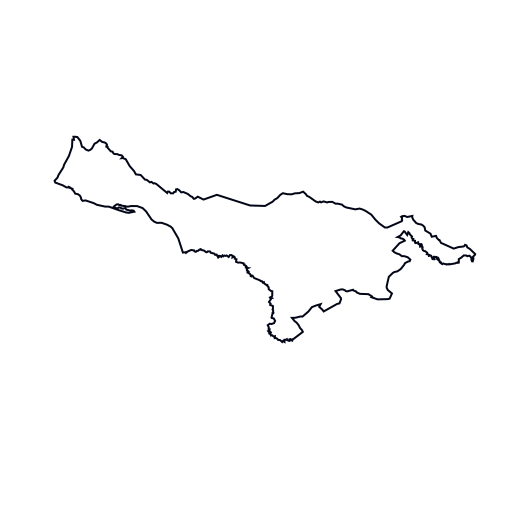 the district of Santa Catalina, Bolívar, Colombia, rotated 283°
{"feature_id": "7082276B95820075707853", "entity_name": "Santa Catalina", "entity_type": "district", "adm_level": 2, "iso_a3": "COL", "parent_name": "Colombia", "parent_adm1": "Bolívar", "projection": "natural_earth1", "projection_center": [-75.268, 10.653], "detail": "fine", "context": "isolated", "style": "outline", "palette": "ink", "viewbox_px": 512, "rotation_deg": 283, "n_neighbors": 0, "source": "geoboundaries", "source_scale": "gbopen_adm2", "svg_char_len": 6108}
<svg xmlns="http://www.w3.org/2000/svg" viewBox="0 0 512 512"><g transform="rotate(283 256 256)"><path d="M306.8,204.1L299.2,192.2L300.7,185.9L298.5,184.0L297.7,182.6L299.3,180.4L299.5,178.9L301.1,175.7L302.0,170.9L301.2,168.8L302.8,166.4L303.5,164.3L302.9,163.1L300.6,163.3L299.8,161.7L298.4,161.2L297.9,159.0L299.2,156.9L298.9,155.6L297.4,155.3L303.8,142.6L304.1,140.7L303.6,139.8L304.7,137.5L303.9,136.1L305.6,132.4L305.5,130.6L309.0,125.4L308.5,120.6L311.2,118.2L315.2,112.7L321.0,107.3L321.5,104.2L321.1,103.1L322.7,104.0L323.8,102.6L323.7,99.3L324.1,98.1L323.5,95.2L324.0,93.9L325.4,92.8L325.3,91.0L328.1,87.1L328.7,86.9L328.8,86.1L329.3,86.4L329.6,85.5L331.0,85.7L332.1,84.5L332.6,82.8L332.5,80.6L333.9,77.6L330.8,75.4L329.1,73.4L323.8,71.9L322.1,70.6L321.0,69.0L321.5,66.1L323.1,63.7L323.3,61.9L328.7,58.9L331.7,55.2L331.4,52.1L330.9,51.9L330.9,51.4L328.3,52.5L328.0,50.9L320.9,52.2L311.3,51.2L301.9,48.5L298.9,48.3L290.7,45.4L287.6,44.9L284.0,42.8L282.4,43.9L281.4,51.8L280.2,55.8L280.6,57.6L281.3,57.9L280.9,59.4L280.5,59.3L280.2,62.0L279.5,61.9L278.1,64.0L276.1,65.8L276.2,68.5L275.2,70.8L273.4,72.4L272.0,72.9L270.7,74.6L271.8,77.4L271.0,86.1L270.1,89.4L270.2,97.8L271.0,101.6L269.8,111.6L269.2,119.4L269.4,122.2L271.8,127.5L272.6,126.6L272.6,124.8L272.0,123.3L272.0,119.3L273.3,117.8L272.2,115.8L272.1,114.2L272.7,112.9L272.5,111.5L271.2,110.3L271.2,106.9L272.1,106.3L274.8,108.5L275.4,110.3L274.9,111.2L275.3,112.6L274.8,114.0L275.2,117.6L275.0,118.7L275.6,121.0L276.4,122.5L277.9,128.9L277.2,134.7L274.7,138.9L268.0,146.1L266.5,149.3L266.0,152.0L267.1,156.5L266.5,162.2L265.4,166.3L264.3,168.2L255.7,176.3L242.9,184.0L243.9,186.7L243.3,187.1L243.7,187.5L244.1,187.2L247.3,191.5L247.5,194.5L246.7,195.0L246.5,196.4L247.7,197.3L248.0,198.4L249.5,199.4L249.5,200.8L249.7,200.0L250.3,200.6L249.6,201.9L249.6,204.2L248.5,206.5L248.6,207.2L249.7,208.1L250.0,209.5L250.0,210.3L249.0,211.2L248.9,214.9L247.9,216.0L248.5,217.3L246.0,219.5L247.1,220.3L247.8,220.0L248.0,221.1L247.3,222.3L249.0,223.2L248.3,224.1L249.3,224.9L249.2,226.2L249.9,227.2L248.9,229.6L251.0,230.4L251.4,231.8L250.9,233.3L249.4,233.4L250.5,234.7L250.0,235.6L248.6,236.0L248.4,237.7L245.9,237.8L245.5,240.1L246.1,241.8L246.1,245.5L245.3,245.8L245.2,246.6L244.5,246.6L244.1,248.6L243.6,249.1L243.3,248.5L242.4,248.7L242.5,251.0L241.9,250.2L240.2,250.2L239.4,251.9L239.0,251.5L238.6,252.2L237.9,251.7L237.3,253.9L236.3,255.1L235.3,255.3L235.1,256.0L235.8,256.2L236.1,257.0L234.1,259.2L233.2,265.2L232.6,266.2L232.8,267.4L231.6,268.6L232.3,269.5L231.2,270.1L230.3,272.1L230.3,273.6L229.9,273.8L229.7,273.4L228.3,275.4L226.5,275.9L225.3,278.5L225.3,279.8L220.8,280.8L219.9,280.4L219.0,279.3L218.5,281.0L217.6,279.8L217.2,280.2L214.1,279.0L212.9,280.9L211.5,280.8L211.1,283.7L208.9,284.3L207.5,284.2L207.2,284.8L205.4,285.3L204.6,285.0L204.3,285.7L203.2,285.0L199.4,285.0L199.1,285.3L199.2,287.3L197.1,289.2L194.7,288.7L193.2,286.4L193.1,284.6L191.2,283.0L189.4,284.5L187.8,284.7L187.7,285.6L187.2,285.4L186.4,286.0L185.7,285.9L186.1,285.2L185.6,284.7L184.9,285.6L185.2,286.9L184.9,287.7L184.5,287.6L184.0,286.5L183.4,286.4L182.9,288.0L181.9,288.4L182.4,289.7L181.5,291.2L182.1,292.5L180.3,292.8L180.6,293.4L180.1,295.4L179.2,296.5L179.5,298.3L178.1,300.9L179.2,301.3L178.7,303.1L180.7,302.5L181.0,303.8L181.9,304.8L181.1,305.3L180.7,307.2L180.9,307.7L182.3,307.3L182.8,308.1L182.7,308.6L181.8,309.2L181.7,310.4L183.2,310.5L183.6,311.2L192.6,318.7L194.2,317.4L195.7,315.2L198.6,312.7L200.3,310.4L201.2,308.3L203.8,305.0L204.7,308.3L207.1,313.0L207.4,314.9L213.6,319.5L218.8,322.0L221.5,326.0L223.6,329.8L220.7,329.0L218.7,332.6L217.2,334.4L227.6,345.9L228.6,348.0L233.1,348.6L234.0,348.3L239.7,341.4L242.3,345.8L243.0,347.9L242.6,350.4L242.0,351.4L242.0,352.7L244.9,358.1L244.4,358.4L243.9,361.7L243.2,362.2L242.5,365.8L244.1,374.1L242.7,378.1L241.8,377.7L241.1,384.2L243.6,394.0L244.5,395.8L250.1,396.9L252.5,392.1L254.3,390.6L255.8,390.1L265.6,390.1L270.4,393.2L271.6,394.6L272.9,397.3L275.9,400.0L280.7,402.3L282.6,402.8L284.9,405.5L285.5,406.9L287.2,407.2L288.9,404.1L289.2,400.6L288.7,398.1L289.9,395.4L290.2,392.1L290.8,389.9L291.9,388.0L300.7,392.9L304.4,397.5L305.3,396.5L305.9,394.5L305.7,393.3L306.4,391.3L306.3,389.7L308.6,392.3L313.4,394.5L313.3,395.3L310.5,398.6L313.5,399.0L312.7,400.4L311.7,401.0L310.1,403.6L309.2,403.4L308.0,404.3L308.0,405.4L306.5,405.3L306.6,407.5L304.8,407.9L304.5,408.9L305.8,410.9L304.2,411.6L304.7,414.2L303.9,414.2L303.2,413.3L302.1,413.8L303.5,415.3L301.9,415.9L302.8,416.3L300.5,416.5L299.2,417.3L298.7,418.5L298.7,419.9L297.7,422.0L296.9,422.6L296.2,422.2L296.0,424.5L295.1,424.6L295.8,426.1L295.6,426.6L292.7,428.7L292.7,429.2L293.9,429.6L293.5,430.3L294.6,430.2L294.9,429.2L295.4,429.6L295.2,430.4L295.7,432.0L295.2,432.8L295.3,433.7L294.7,434.2L294.8,433.5L294.2,433.1L294.4,434.0L293.4,433.9L292.2,436.2L291.2,436.5L291.1,436.9L291.7,436.9L291.4,437.7L290.5,438.0L290.0,439.4L290.8,440.0L290.6,443.6L291.0,443.8L291.0,444.9L291.6,445.8L291.3,446.0L291.5,446.7L293.6,451.7L295.0,453.6L294.7,454.1L295.2,455.1L298.6,454.3L300.4,456.2L303.3,458.3L303.8,460.9L303.3,461.9L304.3,463.7L304.1,464.4L302.7,466.3L300.9,466.7L299.4,467.7L299.5,468.4L302.3,468.5L304.0,467.6L306.7,469.2L307.2,469.1L311.0,462.8L311.9,460.0L313.7,458.7L313.9,457.2L312.6,456.8L311.9,455.9L310.2,451.2L307.7,447.0L310.4,433.3L312.8,431.2L312.6,430.7L314.3,428.1L316.1,426.9L314.3,422.9L317.0,421.0L318.9,415.2L322.0,413.8L323.2,412.0L323.9,409.9L323.7,406.9L324.2,404.6L326.8,401.0L329.0,399.4L330.2,399.3L328.0,394.5L328.5,391.7L327.7,389.5L326.8,388.6L326.0,389.8L324.3,389.9L323.7,390.4L322.7,390.2L313.3,377.6L312.8,375.1L315.5,368.6L318.3,364.1L322.2,359.1L324.6,352.6L325.3,349.4L325.5,346.2L323.8,342.3L323.6,332.9L324.3,330.1L325.4,328.3L325.4,324.1L324.9,321.7L325.9,318.2L325.0,314.5L324.2,313.3L324.4,309.6L322.9,307.3L323.4,306.1L322.2,304.6L322.6,301.8L325.5,294.8L326.2,291.9L327.2,291.1L329.3,287.5L327.0,284.0L325.8,279.8L324.1,276.8L323.3,272.6L323.2,268.0L321.0,265.9L317.2,263.7L314.9,261.3L312.8,260.1L306.8,253.6L303.9,238.9L306.8,204.1Z" fill="none" stroke="#020617" stroke-width="2"/></g></svg>